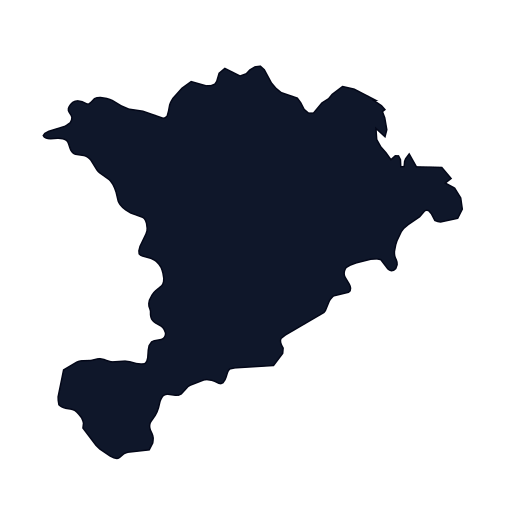 SVG path tracing the border of Rieti, rotated 175°
{"feature_id": "ITA-5424", "entity_name": "Rieti", "entity_type": "Province", "adm_level": 1, "iso_a3": "ITA", "parent_name": "Italy", "parent_adm1": "", "projection": "equal_earth", "projection_center": [13.027, 42.421], "detail": "fine", "context": "isolated", "style": "filled", "palette": "ink", "viewbox_px": 512, "rotation_deg": 175, "n_neighbors": 0, "source": "natural_earth", "source_scale": "10m", "svg_char_len": 4016}
<svg xmlns="http://www.w3.org/2000/svg" viewBox="0 0 512 512"><g transform="rotate(175 256 256)"><path d="M76.1,329.5L63.2,328.0L54.9,316.2L61.1,312.2L52.2,306.3L47.0,296.0L46.4,284.7L51.8,276.0L69.2,273.8L71.9,274.5L74.7,275.8L77.6,282.8L80.1,286.2L82.2,286.8L84.0,286.3L89.6,280.8L101.7,274.0L106.5,270.6L109.1,267.7L114.2,259.0L115.8,255.2L117.7,248.5L117.9,246.1L117.8,243.8L117.3,241.8L116.6,239.9L116.1,237.6L116.2,235.0L117.9,231.3L120.1,229.8L122.4,229.5L124.3,230.4L125.8,231.7L132.0,241.5L135.8,242.6L141.9,242.8L156.8,240.4L163.2,238.6L167.3,236.6L168.4,235.0L169.2,233.3L169.7,231.3L169.7,229.1L169.1,227.1L165.6,219.9L164.9,217.9L164.6,215.7L165.3,213.1L167.0,211.8L182.2,209.5L182.5,209.3L183.4,208.6L185.7,206.4L186.9,204.8L191.7,195.5L193.3,193.8L233.5,174.8L238.3,171.7L239.0,169.8L239.0,167.6L238.5,165.5L237.8,163.7L237.0,161.9L237.9,156.7L248.1,145.4L286.7,146.4L291.8,145.8L292.7,145.1L293.8,143.8L294.6,142.3L296.4,137.9L297.7,135.4L300.0,132.6L302.2,131.9L304.1,132.4L308.1,134.8L310.8,136.0L315.8,137.2L318.7,137.1L332.8,133.0L335.1,131.9L342.5,125.1L345.3,124.1L348.5,124.3L356.4,126.1L359.1,125.7L361.1,124.6L362.3,123.0L363.4,121.3L364.3,119.5L366.4,113.2L368.2,109.3L370.3,106.0L375.3,100.0L376.3,98.2L376.8,96.0L376.8,93.9L376.4,91.8L375.0,87.9L374.5,85.9L374.3,83.6L374.7,80.9L375.2,78.7L379.3,72.2L400.7,71.7L402.9,71.2L404.9,70.5L409.5,67.2L410.8,66.6L412.2,66.4L415.1,67.3L418.7,69.4L428.4,77.3L431.8,81.2L443.4,99.7L442.4,104.5L442.8,106.8L443.8,110.0L446.3,113.8L448.1,116.1L449.9,117.9L451.6,118.8L453.7,119.6L458.6,120.8L460.6,121.6L462.4,122.5L464.0,123.7L465.3,125.0L465.6,129.4L465.4,133.0L460.7,148.8L457.6,159.3L443.8,165.9L441.7,166.5L439.2,166.8L429.5,166.3L422.8,167.3L420.4,167.3L416.3,166.1L414.4,165.1L410.4,163.5L408.2,163.0L395.6,162.7L390.8,161.6L384.6,159.3L379.9,158.4L377.5,158.3L375.6,158.7L373.9,160.8L372.7,164.1L371.5,171.7L370.3,176.0L367.5,179.5L364.9,180.4L357.6,181.1L355.7,181.8L354.3,183.0L353.2,184.9L352.8,187.2L353.9,190.8L355.1,192.9L356.7,194.5L361.7,197.9L363.2,199.2L364.5,200.7L365.5,202.4L366.0,204.4L366.2,206.6L365.9,210.2L366.1,211.6L367.0,215.3L366.9,218.1L366.0,221.3L363.0,226.1L360.9,228.5L358.9,230.2L352.5,234.6L351.3,236.1L350.3,238.5L349.8,241.7L350.2,247.1L350.8,250.2L351.5,252.8L353.4,256.3L355.8,259.3L357.3,260.6L360.8,262.8L369.1,265.9L370.9,266.9L372.2,268.3L372.2,271.4L370.7,275.7L363.7,287.5L362.4,290.5L362.0,293.1L362.2,298.0L362.9,300.9L364.0,303.1L365.5,304.4L377.1,309.8L381.8,313.3L384.6,316.0L386.9,319.1L387.8,320.9L388.5,322.8L389.8,331.8L390.9,336.0L392.3,339.8L394.4,343.4L395.6,344.9L404.5,352.5L405.8,353.9L406.9,355.5L412.2,366.0L413.4,367.5L414.8,368.9L416.4,370.1L418.3,371.0L427.0,373.1L428.2,373.7L429.3,374.6L430.4,376.0L431.3,377.7L431.9,379.7L432.9,384.0L433.5,385.9L434.6,387.6L436.2,388.7L438.1,389.6L442.9,390.6L450.4,390.7L452.8,391.1L454.8,391.8L456.5,392.9L457.4,394.5L455.7,396.5L451.6,398.3L434.8,401.9L429.5,404.9L427.9,407.5L427.3,410.1L427.8,412.1L429.6,415.6L430.2,417.3L430.0,419.3L429.2,420.9L428.0,422.5L426.6,423.9L425.0,425.1L422.8,425.9L420.1,426.1L415.8,424.9L411.2,422.2L409.4,421.9L406.7,423.7L403.2,426.8L400.7,427.5L397.3,427.5L391.2,426.0L388.0,424.7L385.5,423.4L377.3,417.4L369.9,413.4L356.1,410.1L336.5,401.3L334.5,401.6L332.3,403.1L330.5,408.0L328.8,414.1L327.9,416.0L326.8,417.8L325.0,420.3L315.1,429.6L305.7,435.2L305.4,435.4L290.9,429.9L285.9,429.6L282.0,430.8L279.9,433.4L276.8,441.3L270.7,445.6L256.2,436.7L249.8,438.4L245.9,441.9L240.5,444.5L235.1,444.7L231.5,440.8L225.6,427.1L221.6,421.4L216.7,416.6L201.1,409.7L198.1,404.8L195.3,397.9L191.2,393.7L186.3,393.3L177.0,402.7L169.9,406.4L166.0,410.4L155.0,417.3L143.7,413.7L123.2,400.7L125.3,400.8L117.9,394.8L114.8,390.6L117.5,388.8L115.7,382.4L114.7,370.4L117.1,363.6L125.4,372.7L125.6,361.5L122.2,353.9L117.5,347.5L113.2,340.2L108.5,343.7L105.3,343.3L103.7,339.4L104.0,332.2L100.6,332.2L99.7,337.3L98.5,339.8L94.5,344.3L88.4,330.8L76.5,329.5L76.1,329.5Z" fill="#0f172a" stroke="#020617" stroke-width="1.5"/></g></svg>